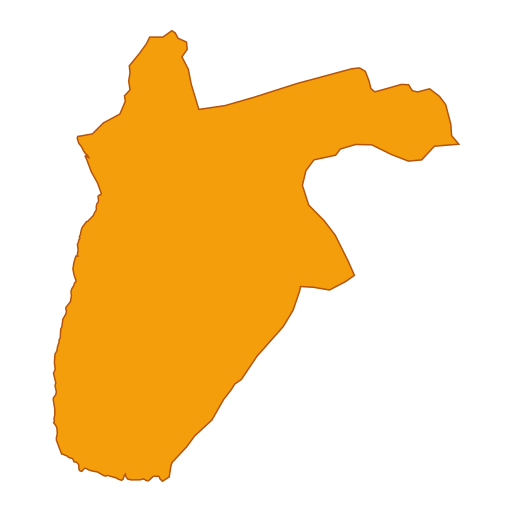 Ocean, Sud, Cameroon
{"feature_id": "32672807B78470526928215", "entity_name": "Ocean", "entity_type": "district", "adm_level": 2, "iso_a3": "CMR", "parent_name": "Cameroon", "parent_adm1": "Sud", "projection": "mercator", "projection_center": [10.17, 2.882], "detail": "fine", "context": "isolated", "style": "filled", "palette": "amber", "viewbox_px": 512, "rotation_deg": 0, "n_neighbors": 0, "source": "geoboundaries", "source_scale": "gbopen_adm2", "svg_char_len": 2678}
<svg xmlns="http://www.w3.org/2000/svg" viewBox="0 0 512 512"><path d="M187.2,49.4L186.5,42.1L178.1,38.3L175.1,32.8L171.8,30.7L162.9,37.1L149.7,37.1L146.4,43.8L144.9,45.9L139.3,53.6L129.3,65.8L130.0,72.8L128.7,81.0L130.0,89.9L124.5,95.8L125.3,101.3L119.9,114.0L103.4,122.9L102.6,123.7L92.4,133.9L80.0,136.1L77.8,136.4L77.2,138.2L78.9,143.5L81.2,146.3L83.8,151.3L85.3,153.4L87.4,155.2L88.6,157.4L85.4,155.8L85.2,156.6L86.7,159.4L91.3,171.8L97.4,182.7L99.5,188.4L101.2,193.2L100.9,194.7L99.4,195.0L98.0,196.2L98.5,200.2L98.3,202.1L96.9,203.8L96.2,206.8L96.4,208.8L95.7,211.2L94.7,212.3L93.5,215.3L87.7,221.3L86.5,221.6L82.4,227.1L81.4,229.5L80.2,235.2L79.4,236.6L79.8,238.7L78.6,240.1L78.6,241.9L77.4,244.3L78.1,250.0L77.4,254.3L77.7,256.2L76.3,255.9L75.8,256.2L73.9,262.6L72.9,269.0L74.0,274.8L76.1,280.9L75.7,281.9L74.6,282.8L73.9,285.3L71.8,288.9L71.0,291.3L71.4,295.9L70.4,301.7L66.0,307.2L65.8,309.0L66.5,311.2L65.8,314.1L62.9,319.1L61.8,327.0L61.4,327.8L60.7,329.2L60.2,338.0L59.2,339.5L58.9,342.9L57.5,346.8L56.9,350.8L55.0,354.1L54.4,362.4L55.2,369.4L53.5,373.3L55.8,382.9L55.0,385.6L56.3,391.7L56.2,392.5L55.8,394.6L53.5,397.7L53.2,399.5L54.8,409.2L54.8,414.8L54.0,418.6L54.4,421.3L53.6,422.7L55.6,425.1L56.9,428.2L57.3,433.5L56.4,437.6L56.4,440.2L60.3,450.6L61.6,454.0L62.6,454.1L67.6,456.3L68.8,457.5L72.1,458.4L72.9,459.2L74.1,461.9L76.1,462.0L77.7,463.3L78.7,464.9L79.0,469.7L80.2,471.0L81.8,471.3L84.5,468.4L85.7,468.2L88.7,469.9L90.6,470.5L92.1,471.0L97.6,472.0L103.5,475.5L105.7,476.1L107.5,475.4L108.9,475.8L116.7,478.1L118.1,479.1L121.6,480.3L123.2,479.1L124.2,475.9L125.3,474.2L125.9,476.6L127.7,479.1L131.3,479.9L140.4,479.8L142.6,479.0L144.2,479.2L146.2,480.5L147.7,480.9L149.3,480.1L153.1,476.5L154.9,476.1L156.3,476.4L158.4,476.1L159.2,476.9L160.0,478.9L162.5,481.3L168.4,477.5L169.2,477.0L169.7,473.6L171.3,464.3L172.5,462.0L186.5,447.0L192.9,438.3L194.6,436.0L211.9,420.0L223.7,399.3L225.2,397.4L231.3,389.6L234.7,384.1L241.4,379.4L257.0,356.2L283.2,326.6L284.1,325.1L293.0,310.4L299.7,290.9L300.5,286.5L313.6,287.3L329.5,290.0L345.7,281.5L354.4,275.3L348.0,260.8L335.2,235.2L324.3,220.9L308.7,205.1L302.4,185.4L305.9,170.7L310.1,165.0L314.0,159.8L327.3,157.0L335.6,155.2L337.3,153.0L340.4,149.0L355.6,144.5L371.7,144.8L377.2,147.5L391.4,154.5L408.4,161.1L421.7,159.9L434.4,146.2L458.8,144.2L451.6,135.6L450.8,124.2L445.7,104.7L439.4,96.3L429.6,88.8L417.8,91.9L412.4,90.8L408.6,84.8L401.4,84.4L379.2,90.7L374.7,91.8L370.9,88.5L368.9,80.6L365.3,71.4L360.4,68.4L359.2,67.9L351.6,68.8L297.4,83.4L254.5,97.1L227.4,104.9L225.0,105.6L198.8,109.4L195.5,98.4L191.2,84.1L188.3,69.2L181.9,56.9L187.2,49.4Z" fill="#f59e0b" stroke="#b45309" stroke-width="1.5"/></svg>